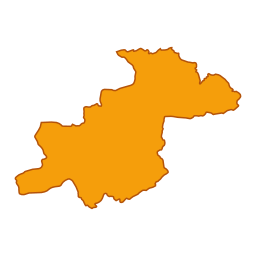 an SVG outline of Ghor
{"feature_id": "AFG-1747", "entity_name": "Ghor", "entity_type": "Province", "adm_level": 1, "iso_a3": "AFG", "parent_name": "Afghanistan", "parent_adm1": "", "projection": "natural_earth1", "projection_center": [65.091, 34.196], "detail": "fine", "context": "isolated", "style": "filled", "palette": "amber", "viewbox_px": 256, "rotation_deg": 0, "n_neighbors": 0, "source": "natural_earth", "source_scale": "10m", "svg_char_len": 5782}
<svg xmlns="http://www.w3.org/2000/svg" viewBox="0 0 256 256"><path d="M215.6,74.2L218.4,74.8L220.1,75.6L225.1,79.4L226.5,81.1L228.6,83.3L229.2,85.5L229.5,86.3L230.1,87.3L230.6,87.9L232.2,88.8L232.9,89.5L232.2,90.6L232.2,91.2L232.3,91.3L233.2,91.0L234.4,91.6L234.8,91.7L236.2,91.4L238.7,92.9L240.1,94.3L240.4,94.9L240.6,96.1L240.6,96.6L240.4,97.1L239.1,98.9L237.3,100.5L237.1,101.0L236.8,102.8L237.1,104.0L237.4,104.3L238.5,105.3L238.4,106.1L234.7,109.4L233.9,109.9L233.3,110.2L231.4,109.6L230.9,109.6L227.6,110.5L227.0,110.8L223.3,113.5L221.9,113.0L214.3,114.2L213.4,114.5L212.8,114.2L211.7,113.3L210.5,112.8L207.3,112.2L206.6,112.2L206.1,112.4L205.5,113.7L204.2,115.1L203.1,115.8L202.5,115.9L200.9,115.6L198.7,116.1L197.0,115.8L194.3,115.8L192.9,117.4L191.1,118.4L190.4,118.6L189.7,118.6L185.9,117.9L177.8,117.3L173.2,116.5L170.9,116.3L165.3,116.5L164.6,116.8L164.0,119.2L164.0,120.4L164.0,121.0L163.0,123.8L162.5,126.7L162.5,127.8L162.9,128.4L163.1,128.7L163.0,129.1L162.3,130.6L162.2,131.1L162.2,132.5L161.5,135.1L161.4,137.0L161.4,137.3L161.8,137.7L162.1,138.1L162.7,139.7L163.1,140.0L164.2,140.1L164.5,140.6L164.9,142.9L164.6,144.7L164.1,145.5L163.4,145.9L162.4,147.3L162.1,148.7L161.5,149.8L159.9,150.0L157.8,151.3L157.3,152.0L157.2,152.7L157.5,153.7L157.7,154.7L157.9,155.1L159.7,156.4L160.0,156.8L160.3,157.8L160.7,158.1L161.8,158.6L162.6,159.6L163.0,160.4L163.9,166.8L164.4,168.0L165.7,168.6L166.7,169.5L167.5,170.4L167.9,171.1L168.1,171.9L168.1,172.3L167.9,172.6L166.4,173.8L164.3,174.9L162.2,176.8L160.4,179.1L158.4,180.8L158.0,181.3L157.6,181.5L156.4,181.7L156.1,182.0L155.1,183.7L155.1,183.9L155.5,184.3L155.5,184.5L155.5,185.8L153.1,187.1L151.9,187.5L150.2,187.9L148.9,188.4L146.3,190.4L144.0,190.2L142.6,190.4L140.0,192.2L138.9,193.1L137.9,194.2L132.6,196.8L132.3,197.1L130.7,198.3L130.1,198.9L129.6,199.2L129.1,199.2L128.0,199.0L127.0,198.4L126.7,198.3L126.2,198.5L125.4,199.2L123.0,201.9L121.8,202.4L120.5,202.3L120.0,201.7L119.9,199.9L119.6,199.1L118.9,199.2L116.1,200.6L114.2,199.1L113.8,198.2L113.6,197.3L113.4,196.8L112.3,196.4L110.2,196.3L109.4,196.5L109.0,196.4L107.8,195.7L107.2,195.0L106.7,193.8L106.4,193.6L105.5,193.4L104.5,193.7L103.8,194.4L102.4,198.2L101.5,199.8L100.9,200.6L99.5,201.8L98.3,202.5L97.3,203.0L95.6,203.4L94.9,204.0L95.0,204.5L96.5,206.2L96.6,206.5L96.4,206.9L95.6,207.3L93.4,207.5L92.1,208.4L91.8,208.4L89.2,206.9L87.8,205.5L87.4,205.3L87.0,205.3L85.9,205.7L85.5,205.3L85.0,204.6L83.3,200.9L82.8,200.3L81.7,199.3L81.3,198.2L81.1,197.8L80.7,197.6L80.0,197.6L79.5,197.4L78.7,197.0L78.5,196.8L78.3,196.4L78.3,194.6L78.1,193.3L78.2,192.1L76.1,186.9L72.7,181.1L71.7,180.1L69.4,178.9L67.9,179.1L65.2,180.4L63.1,182.1L61.9,183.6L61.0,185.2L60.2,185.8L59.2,186.2L55.1,186.7L52.5,187.3L50.6,188.1L49.4,188.9L47.0,190.8L44.6,191.8L41.4,192.5L29.0,193.0L24.4,194.5L23.5,194.6L21.5,194.5L19.5,193.7L19.1,192.3L18.9,189.5L18.9,188.0L18.6,186.8L18.2,185.8L16.9,184.0L16.5,183.1L16.3,182.3L16.7,181.0L16.5,180.3L16.3,179.9L15.5,179.1L15.4,178.8L15.4,178.1L15.6,177.7L16.4,176.8L18.9,174.9L21.3,173.8L22.4,173.5L23.2,173.1L24.2,172.4L24.8,171.7L25.8,171.3L32.6,169.3L38.5,168.7L40.2,168.2L41.6,167.1L42.5,165.1L42.4,164.0L41.6,161.0L41.9,160.1L42.6,159.4L44.4,159.1L45.7,158.4L46.3,158.0L46.6,157.4L46.6,156.8L46.0,155.7L44.2,153.9L43.9,153.4L43.1,150.2L42.6,149.2L41.9,148.1L40.7,146.7L38.3,144.5L38.1,144.0L37.6,142.2L37.3,141.3L34.9,137.1L34.8,136.4L35.1,135.5L38.6,130.1L40.3,126.9L41.3,122.5L51.3,122.1L56.4,122.5L59.1,123.5L61.0,124.8L62.0,125.9L63.0,126.2L70.7,126.3L71.6,125.9L72.0,125.0L72.5,124.3L75.9,125.9L76.3,125.9L77.4,125.8L79.3,125.8L80.4,125.0L81.3,124.0L82.2,123.4L82.8,123.2L83.6,123.2L84.0,122.9L84.4,122.3L84.8,121.1L84.9,120.2L84.8,119.6L84.6,119.0L83.6,117.6L83.6,117.2L84.0,115.8L84.1,115.3L83.9,113.5L84.1,111.6L83.8,108.8L84.0,107.8L84.2,107.5L84.6,107.2L86.0,106.7L88.9,107.1L90.5,106.9L92.0,105.7L92.7,105.5L94.0,105.3L96.8,103.7L97.5,103.9L98.1,105.1L98.6,105.8L100.8,106.2L101.2,106.1L101.4,105.8L101.5,105.2L101.4,104.1L100.4,101.9L100.1,100.7L100.1,98.7L101.2,92.4L101.5,91.3L102.4,90.2L103.1,89.8L104.4,89.4L111.8,89.7L113.3,90.4L115.3,90.6L116.0,90.4L120.0,88.4L130.9,85.3L132.7,84.4L133.1,83.9L133.6,83.5L134.4,81.8L135.1,79.0L135.0,76.3L135.8,72.3L135.7,71.5L135.2,70.6L134.2,69.1L133.7,68.2L133.4,67.4L133.4,66.7L132.9,65.8L132.1,64.8L128.4,62.1L127.9,61.6L126.4,59.3L124.9,57.7L124.3,57.3L123.6,57.1L122.1,57.2L121.7,57.1L118.7,55.3L117.8,54.3L116.6,51.8L121.2,50.2L124.1,49.8L125.2,50.0L126.5,51.4L127.2,51.7L127.6,51.8L128.1,51.7L132.6,50.0L133.1,49.9L133.5,49.9L133.6,50.0L133.6,50.9L133.7,51.2L134.0,51.3L136.4,50.7L139.4,48.9L140.4,48.5L141.0,48.5L141.4,48.7L142.8,49.5L144.0,50.4L145.1,50.9L146.0,50.7L147.0,49.8L147.7,49.9L148.3,50.5L148.9,51.6L148.9,52.1L148.5,53.0L148.6,53.3L149.1,53.7L150.7,53.0L151.0,53.0L152.2,53.7L153.1,53.6L156.1,52.5L158.3,50.2L160.3,48.7L160.9,49.8L161.5,50.1L165.1,50.0L167.5,49.5L167.9,49.3L168.6,48.6L169.1,48.3L171.1,47.6L171.8,47.6L171.6,48.7L171.8,49.3L172.1,49.7L173.6,50.6L174.0,51.2L174.2,52.1L174.5,52.5L175.5,52.7L177.1,53.4L178.3,53.2L178.6,53.3L178.8,53.8L178.7,55.2L179.0,56.4L180.1,58.5L180.8,59.3L181.3,59.6L181.7,59.9L188.0,62.1L189.9,62.3L192.9,62.9L193.3,62.9L193.7,62.7L194.2,62.6L195.0,62.7L195.8,63.0L196.2,63.7L196.5,64.5L196.5,66.7L196.2,67.5L195.2,68.1L195.2,68.4L195.3,68.8L196.7,70.0L195.9,71.4L196.0,71.9L197.0,72.2L197.5,72.7L198.4,74.4L200.1,80.6L200.2,81.0L199.7,82.3L199.6,83.4L200.0,83.9L200.4,83.7L201.0,83.1L202.6,81.1L202.9,80.8L203.8,80.6L204.1,80.4L204.2,80.0L204.1,79.2L204.3,78.8L204.7,78.5L206.0,78.4L206.3,78.1L206.5,77.0L207.8,76.6L208.1,76.3L208.1,76.0L207.9,75.4L207.8,74.9L207.9,74.3L208.1,74.0L208.6,73.8L208.8,73.7L210.8,74.8L211.6,75.0L213.2,75.2L213.9,75.0L215.6,74.2Z" fill="#f59e0b" stroke="#b45309" stroke-width="1.5"/></svg>